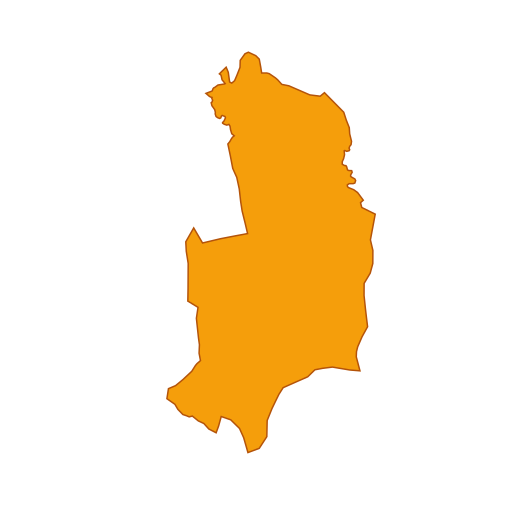 outline of Warri South, Delta, Nigeria, rotated 225°
{"feature_id": "59680162B21053239387442", "entity_name": "Warri South", "entity_type": "district", "adm_level": 2, "iso_a3": "NGA", "parent_name": "Nigeria", "parent_adm1": "Delta", "projection": "mercator", "projection_center": [5.662, 5.624], "detail": "fine", "context": "isolated", "style": "filled", "palette": "amber", "viewbox_px": 512, "rotation_deg": 225, "n_neighbors": 0, "source": "geoboundaries", "source_scale": "gbopen_adm2", "svg_char_len": 2503}
<svg xmlns="http://www.w3.org/2000/svg" viewBox="0 0 512 512"><g transform="rotate(225 256 256)"><path d="M159.2,102.8L162.2,109.3L167.1,117.9L158.0,122.3L145.7,122.4L136.2,118.8L122.7,111.3L117.7,122.3L120.6,135.9L131.8,147.6L136.8,159.4L139.6,167.4L142.0,174.4L143.7,182.1L139.2,193.8L134.0,207.2L133.9,217.2L129.4,223.8L123.4,231.5L109.1,241.7L101.3,248.3L113.8,255.6L117.3,259.4L119.9,263.7L123.9,273.9L127.1,284.9L132.1,288.8L133.0,289.5L141.1,295.9L151.7,304.5L160.2,313.1L163.1,324.6L168.1,333.3L177.3,342.6L186.5,348.3L201.3,369.9L215.5,365.1L219.8,367.6L219.6,371.3L228.9,372.7L233.7,372.0L239.2,369.7L240.6,369.9L241.7,370.8L241.3,373.0L238.5,375.8L237.7,377.5L238.9,379.8L240.6,380.4L244.5,379.3L245.5,379.3L246.4,380.3L247.2,383.2L248.7,384.0L250.9,382.0L252.2,381.6L255.0,383.2L256.3,383.5L257.5,382.5L259.9,381.9L261.7,383.7L262.9,386.8L265.0,390.2L268.0,392.7L267.8,393.4L265.9,394.1L264.6,396.3L264.9,397.4L266.5,398.1L267.3,399.9L267.5,401.9L269.5,404.6L276.1,408.6L280.8,412.7L288.4,416.0L295.6,419.7L323.1,419.9L323.6,414.4L331.7,408.1L332.3,407.8L353.1,399.6L359.1,395.6L365.3,395.9L368.2,395.7L373.0,394.8L375.6,394.3L377.8,393.0L381.4,389.4L386.5,393.1L392.9,397.5L397.8,397.5L405.5,394.7L406.8,391.2L405.5,383.2L400.7,378.1L397.2,370.1L395.1,364.8L395.4,361.1L397.7,360.4L405.5,366.3L410.6,368.4L410.7,362.8L410.7,358.9L409.2,359.1L408.5,359.1L404.6,356.6L399.7,356.1L399.9,355.4L400.9,354.0L402.2,352.2L403.8,350.0L404.1,348.0L404.4,346.0L404.8,345.0L404.7,343.9L403.8,342.0L403.8,341.4L406.4,335.6L401.8,335.9L400.0,336.5L399.2,337.0L398.7,336.2L396.8,335.5L396.6,334.9L396.0,334.1L396.1,332.7L393.4,331.1L388.7,330.3L386.4,328.9L385.3,327.6L382.9,326.4L380.9,326.7L378.9,327.6L378.6,328.8L379.4,330.5L379.3,331.5L376.6,332.7L375.3,332.1L374.1,328.9L374.0,326.7L373.5,326.3L371.6,326.7L369.2,327.9L368.2,329.9L366.1,329.4L363.3,327.3L359.6,325.3L356.4,325.6L356.6,323.2L356.2,321.2L355.4,318.3L355.1,315.3L345.0,308.7L334.4,301.5L329.7,299.7L325.2,298.0L315.3,291.6L305.4,283.7L297.6,278.0L287.0,271.6L277.8,265.9L284.8,255.7L293.2,243.3L299.8,232.6L303.0,227.4L319.9,231.8L315.7,216.4L308.6,210.0L298.7,202.8L289.5,193.5L281.0,184.9L272.3,175.9L260.7,178.7L254.1,169.8L238.6,157.3L233.3,153.3L227.5,147.0L221.3,142.8L221.6,138.2L221.4,135.8L219.9,129.1L220.3,116.8L221.2,107.5L224.1,100.3L218.1,92.1L208.5,93.8L202.7,92.3L195.6,92.2L192.2,93.9L189.5,95.0L187.8,97.8L180.2,98.6L174.4,100.7L167.0,100.3L159.2,102.8Z" fill="#f59e0b" stroke="#b45309" stroke-width="1.5"/></g></svg>